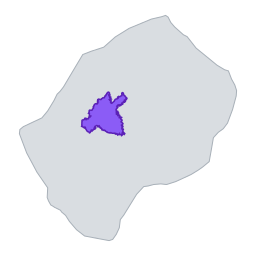 Likolobeng, Maseru, Lesotho (highlighted)
{"feature_id": "5366337B98429078950414", "entity_name": "Likolobeng", "entity_type": "district", "adm_level": 2, "iso_a3": "LSO", "parent_name": "Lesotho", "parent_adm1": "Maseru", "projection": "robinson", "projection_center": [27.995, -29.48], "detail": "fine", "context": "in_parent", "style": "filled", "palette": "violet", "viewbox_px": 256, "rotation_deg": 0, "n_neighbors": 0, "source": "geoboundaries", "source_scale": "gbopen_adm2", "svg_char_len": 6558}
<svg xmlns="http://www.w3.org/2000/svg" viewBox="0 0 256 256"><path d="M175.7,181.6L167.3,184.3L166.2,184.5L160.8,183.9L153.7,184.5L148.1,186.0L143.7,186.6L136.6,194.3L123.7,215.2L120.3,219.6L119.3,227.8L116.3,234.3L112.7,239.4L109.1,240.6L98.3,238.6L84.6,236.0L76.5,229.7L69.4,221.4L65.6,215.4L61.7,212.1L60.4,210.2L54.7,207.4L52.6,206.0L50.8,205.0L48.5,200.9L47.2,197.5L47.7,187.8L43.7,182.0L36.9,172.1L32.6,164.0L26.7,153.0L23.1,143.5L19.4,133.7L19.9,129.5L23.4,126.6L33.8,121.7L41.9,117.9L47.7,110.9L54.0,100.5L57.1,94.2L60.1,91.3L63.5,86.9L69.3,77.1L75.8,66.2L82.8,54.5L91.6,51.1L103.7,47.2L115.2,37.0L129.0,28.4L151.3,19.1L161.7,16.7L165.6,15.4L168.1,17.1L170.8,22.5L174.6,26.9L183.3,34.7L187.1,36.6L196.1,48.1L205.8,56.0L216.9,65.1L224.5,69.7L228.4,70.9L231.5,79.0L234.8,85.0L236.6,90.6L236.2,96.0L232.6,109.4L227.5,123.1L223.3,128.7L218.3,132.3L213.4,137.7L211.5,148.7L209.2,161.6L202.8,166.9L197.8,170.4L190.9,174.6L175.7,181.6Z" fill="#d9dde1" stroke="#a8b0b8" stroke-width="1"/><path d="M122.5,134.8L122.3,134.3L122.4,134.1L123.1,134.2L123.8,133.4L124.3,134.3L124.7,133.8L124.8,133.6L123.6,132.4L123.4,132.1L123.1,132.1L122.7,132.6L122.4,132.5L122.9,131.4L122.9,130.8L122.7,130.0L123.3,129.7L123.4,129.4L123.3,129.1L122.9,128.9L122.1,129.1L122.0,128.8L121.8,128.1L122.0,127.6L122.7,127.1L122.9,126.8L122.7,126.6L122.2,126.7L121.6,125.5L121.8,125.5L122.2,125.9L122.6,125.8L122.5,125.6L122.1,125.3L122.0,124.6L122.8,124.1L123.0,123.7L122.9,123.4L122.3,122.9L122.1,122.5L121.2,122.1L121.1,121.9L121.1,121.6L121.9,120.8L122.1,120.2L121.8,119.7L121.3,119.6L120.8,119.2L120.6,118.4L120.8,118.0L121.5,117.8L121.7,117.4L121.3,117.2L120.8,117.2L120.3,117.4L119.8,117.8L119.2,117.7L119.2,117.4L120.0,116.2L119.5,115.1L119.0,115.1L119.2,115.7L118.7,115.6L118.0,115.8L117.8,115.6L117.7,115.4L118.1,114.9L118.1,114.6L117.2,114.5L116.5,114.2L116.3,114.0L116.4,113.7L118.2,113.9L118.5,113.6L118.6,113.1L118.5,112.8L118.2,112.7L117.3,113.0L116.5,113.0L116.3,112.6L116.3,112.3L116.7,112.1L117.5,112.1L117.9,111.5L117.8,111.3L117.5,111.2L116.8,111.3L116.3,111.2L116.2,111.0L116.3,110.4L116.0,109.8L116.4,109.4L116.5,108.5L117.0,108.3L117.5,107.8L117.1,107.1L117.6,107.1L117.9,107.0L117.9,106.8L117.2,105.9L117.4,105.8L117.9,105.9L117.9,105.0L118.1,104.9L118.3,105.3L118.8,105.5L119.1,105.0L119.6,104.8L119.7,105.0L119.5,105.7L119.7,105.9L120.1,105.4L120.7,105.5L120.9,105.4L121.0,105.2L120.6,104.6L120.9,104.5L121.2,104.6L121.7,104.6L122.2,104.4L121.8,103.7L121.8,103.3L122.6,103.6L122.9,103.6L122.7,102.8L123.1,102.4L123.4,101.7L123.9,101.7L123.8,102.2L124.6,102.3L124.7,102.1L124.2,101.6L124.2,101.0L124.3,100.9L125.2,101.5L125.4,101.4L125.5,100.7L124.7,100.7L124.5,100.4L124.5,100.1L124.8,100.1L124.9,100.4L125.1,100.5L125.4,99.9L126.0,99.8L126.5,99.3L126.0,98.6L126.2,98.4L126.7,98.5L126.9,98.4L126.8,98.1L126.4,98.2L126.2,97.9L126.3,97.7L126.2,97.4L125.8,97.1L125.3,96.6L125.0,95.9L124.4,95.8L124.0,95.0L123.5,94.8L123.5,93.7L123.3,93.1L122.6,92.6L122.2,92.7L121.8,93.2L121.7,94.1L122.0,94.8L121.8,95.7L120.9,95.9L120.2,96.6L119.4,96.6L118.6,96.4L118.4,96.7L118.6,96.9L118.5,97.0L117.9,96.9L117.6,97.1L117.5,97.4L117.8,98.0L118.2,98.0L117.9,98.5L117.2,98.7L116.9,99.0L116.4,98.9L115.3,99.3L115.0,99.6L114.9,100.0L114.5,100.4L114.4,101.0L111.8,103.3L111.1,103.1L111.1,102.7L110.7,102.4L111.1,101.9L111.1,101.2L110.7,101.3L110.6,100.8L110.0,100.6L109.8,100.4L109.9,100.1L110.5,100.1L110.8,99.9L110.3,99.8L109.7,99.6L109.9,99.5L110.0,99.1L110.7,98.7L110.3,98.5L110.3,98.3L110.6,98.2L110.7,97.6L110.0,97.9L109.6,97.7L109.7,97.4L110.1,97.3L110.2,97.1L110.1,96.6L109.7,96.5L109.6,96.1L109.9,95.9L109.9,95.7L109.7,95.6L108.9,95.7L108.9,95.3L109.4,95.3L109.2,95.2L109.2,94.9L109.0,94.7L109.5,94.5L109.2,94.3L109.5,93.8L109.5,93.3L109.5,93.0L109.3,92.8L109.1,92.7L109.0,92.4L108.7,92.1L107.8,92.3L107.5,92.5L107.4,93.0L106.8,93.4L106.9,93.6L106.7,94.2L106.0,94.6L105.9,95.6L104.9,96.0L104.9,96.6L104.5,96.9L104.4,97.7L102.6,97.9L102.3,98.4L101.5,98.7L101.2,99.4L100.9,99.6L98.7,99.1L98.2,100.1L97.7,99.8L97.6,100.4L97.7,100.5L97.5,101.0L97.5,101.5L97.8,101.5L98.2,102.0L97.5,102.8L97.7,103.3L97.4,103.8L96.8,104.0L96.4,103.7L95.6,103.7L94.6,104.3L94.3,104.7L94.3,105.1L93.9,105.4L93.7,106.5L93.1,107.0L93.5,107.5L93.5,108.1L92.4,109.2L92.2,109.9L91.8,110.3L89.6,110.1L89.2,110.5L89.3,111.0L89.3,111.5L89.2,112.0L88.9,112.1L88.9,113.0L88.6,113.3L89.4,113.6L89.4,114.5L89.2,115.0L89.4,115.5L90.2,115.9L90.8,116.0L90.7,116.3L90.3,116.5L89.7,116.5L88.9,117.0L89.1,117.2L88.8,117.2L88.8,117.9L88.2,118.8L87.9,118.6L87.3,118.7L86.9,118.5L86.7,118.9L86.6,119.2L86.2,119.3L86.4,119.6L86.0,119.7L85.7,119.2L85.7,118.8L85.6,118.7L85.5,118.3L85.1,118.1L84.6,118.6L84.3,119.5L83.7,119.9L83.3,119.8L82.3,120.0L82.1,120.3L81.9,120.9L82.1,121.6L81.9,121.9L81.9,123.4L81.8,124.6L82.0,125.6L81.7,126.0L81.6,126.4L82.5,126.6L83.0,127.1L83.5,127.2L83.8,127.5L84.5,127.1L84.9,127.4L85.3,127.3L85.4,127.6L84.9,127.7L84.7,128.1L85.3,128.3L85.5,128.7L86.3,129.7L86.7,130.7L88.0,131.8L88.5,131.9L89.6,132.5L89.6,132.8L90.1,132.6L90.1,132.2L90.4,132.1L90.6,131.6L91.1,131.4L91.2,131.1L91.0,130.7L91.3,130.1L91.7,130.3L92.2,130.1L92.4,130.6L92.6,130.3L93.4,129.9L93.8,129.3L94.4,129.3L94.6,129.2L94.3,129.0L94.3,128.6L94.1,128.4L94.4,127.6L94.6,127.6L95.4,128.3L95.7,128.2L95.8,127.7L95.6,127.6L95.3,127.7L95.0,126.6L95.4,126.6L95.5,126.1L96.1,125.9L96.7,125.5L97.5,125.9L97.7,126.5L98.0,126.3L98.1,125.9L98.3,126.0L98.3,126.3L98.6,126.1L98.8,126.3L99.1,126.1L99.1,126.5L99.4,126.3L99.7,126.8L99.6,127.2L99.9,127.4L100.2,127.4L100.2,127.5L100.4,127.6L100.2,127.8L100.3,127.9L100.4,128.2L100.6,128.2L100.8,128.0L101.1,128.1L101.2,128.4L101.6,128.6L101.5,128.8L101.7,129.3L101.9,129.2L102.0,129.4L102.3,129.3L102.1,129.5L102.6,129.7L102.5,129.9L102.8,129.9L103.2,130.4L103.9,130.3L104.1,130.2L104.2,130.3L104.4,130.2L104.8,130.5L105.2,130.5L105.3,130.6L105.3,131.0L106.1,131.5L107.1,131.9L107.1,132.3L108.8,132.8L109.5,132.7L110.0,133.1L110.4,133.0L110.9,132.6L111.7,133.1L112.5,133.3L113.0,133.2L113.7,133.3L114.3,133.2L114.4,133.5L114.8,133.6L115.5,133.4L115.5,133.6L115.6,133.8L115.8,133.7L116.1,133.7L116.4,133.8L116.4,134.0L116.9,133.8L117.0,133.9L116.8,134.1L117.1,134.1L117.3,134.4L117.4,134.1L117.3,133.9L117.6,134.4L117.7,134.1L118.0,134.2L118.6,134.3L118.7,134.5L119.0,134.2L119.0,134.5L119.3,134.5L119.4,134.2L119.5,134.5L119.8,134.4L119.8,134.6L120.3,134.7L120.5,134.7L120.8,134.7L121.1,134.7L120.8,134.9L121.2,134.8L121.3,134.6L121.4,134.8L121.7,134.7L121.7,135.0L122.0,134.7L122.2,134.8L122.4,134.7L122.4,134.9L122.5,134.8Z" fill="#8b5cf6" stroke="#5b21b6" stroke-width="1.5"/></svg>